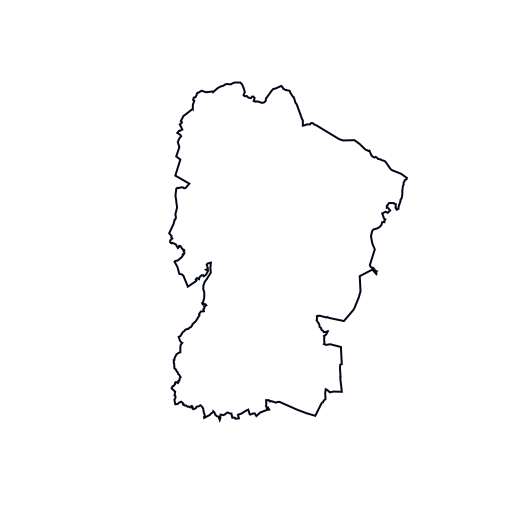 outline of Tullamore Lea-7, Offaly, Ireland, rotated 225°
{"feature_id": "5873133B47279722730616", "entity_name": "Tullamore Lea-7", "entity_type": "district", "adm_level": 2, "iso_a3": "IRL", "parent_name": "Ireland", "parent_adm1": "Offaly", "projection": "albers", "projection_center": [-7.574, 53.293], "detail": "fine", "context": "isolated", "style": "outline", "palette": "ink", "viewbox_px": 512, "rotation_deg": 225, "n_neighbors": 0, "source": "geoboundaries", "source_scale": "gbopen_adm2", "svg_char_len": 5532}
<svg xmlns="http://www.w3.org/2000/svg" viewBox="0 0 512 512"><g transform="rotate(225 256 256)"><path d="M339.2,224.1L336.9,220.3L333.5,210.7L329.8,210.4L329.2,209.3L327.6,209.3L327.7,206.5L326.4,205.0L324.7,205.2L324.5,206.1L321.1,207.5L316.8,206.4L316.8,208.2L317.3,208.3L317.5,208.9L316.2,209.6L313.4,208.9L312.4,208.9L311.5,209.4L310.7,209.3L310.7,208.2L308.9,207.7L308.5,207.0L308.3,205.9L309.0,205.6L309.0,205.3L308.1,204.6L307.7,202.9L308.2,197.2L309.5,195.5L309.6,194.4L303.8,192.7L297.5,189.1L295.6,190.5L293.3,190.7L282.5,186.1L280.6,196.0L280.8,196.7L281.9,196.7L282.2,198.6L279.9,199.4L280.9,200.7L280.9,203.6L280.6,203.5L279.8,205.1L278.5,204.8L278.1,207.4L279.4,211.6L281.6,211.0L280.9,213.0L284.8,215.1L284.8,216.7L283.2,219.4L280.2,215.7L276.2,212.3L274.5,204.9L274.0,201.4L272.1,197.6L269.5,195.0L267.6,194.2L265.9,192.8L262.8,189.5L260.6,185.5L260.8,184.6L259.5,184.1L258.4,185.9L256.3,186.0L256.6,184.0L257.0,183.7L255.6,182.6L255.3,181.8L255.6,181.2L253.8,180.1L255.7,177.7L255.2,174.7L254.1,174.2L252.5,167.3L252.6,162.6L252.0,161.6L251.8,159.5L252.3,158.6L252.3,156.4L253.0,155.9L253.9,153.6L253.6,152.7L253.9,150.2L252.8,145.9L253.5,144.2L250.1,142.4L247.2,142.0L246.7,142.3L246.4,140.0L245.2,138.2L241.4,134.4L242.2,132.9L242.7,130.2L241.4,126.3L240.2,124.8L240.5,124.2L240.0,124.0L239.2,122.8L238.2,122.3L234.2,118.9L232.4,119.1L230.5,118.3L229.7,118.5L227.5,117.6L226.0,117.6L223.5,116.9L223.6,115.7L222.3,114.2L222.6,112.8L221.7,112.4L221.5,111.7L221.4,110.9L223.5,110.3L223.7,109.9L223.3,108.6L222.6,108.1L222.4,105.9L222.9,104.9L222.1,102.7L217.2,102.9L215.0,99.8L214.2,100.1L212.5,98.6L212.1,96.7L208.3,94.1L207.8,94.4L206.6,96.7L206.7,98.0L205.8,100.1L203.7,100.3L202.7,99.5L202.3,100.0L201.7,99.6L200.2,100.2L199.8,100.8L197.7,101.1L197.0,102.1L195.3,102.5L195.2,103.2L194.8,103.3L195.5,104.3L194.9,104.7L192.2,103.3L191.2,104.9L191.0,106.2L191.5,107.3L190.3,109.0L189.7,111.2L187.1,111.2L185.2,110.6L182.6,108.6L179.7,107.2L178.7,106.3L179.0,105.6L178.1,104.9L176.3,110.9L176.4,112.6L176.0,115.0L176.5,116.0L174.5,115.9L172.8,115.0L170.7,115.0L168.9,115.8L165.7,114.4L166.7,116.3L168.4,117.9L168.9,118.8L166.3,120.7L165.5,125.2L161.9,126.8L161.8,127.1L158.4,124.9L157.0,126.5L156.0,126.7L155.5,126.4L153.3,129.1L156.5,131.0L154.8,134.5L153.9,138.9L152.8,141.9L148.5,139.6L147.9,139.8L146.8,142.5L145.6,143.8L142.6,143.1L142.3,148.5L139.3,155.1L138.1,156.7L138.9,156.9L139.2,156.5L140.1,157.1L140.2,156.1L140.9,156.0L142.1,156.9L142.8,156.9L143.7,158.3L146.9,161.2L146.6,161.6L145.2,162.9L144.8,162.7L144.3,163.3L143.5,163.5L143.1,163.2L142.7,164.1L141.9,164.6L138.2,166.4L137.6,168.1L136.8,168.6L136.4,169.4L118.5,176.3L109.4,180.4L101.1,184.9L105.4,197.9L105.6,198.9L105.2,199.8L105.8,201.7L105.7,204.0L110.2,208.0L112.5,211.1L110.4,211.7L107.4,211.8L105.3,215.0L99.3,220.7L109.4,228.7L110.8,229.9L110.6,230.2L117.6,236.3L119.6,238.8L118.9,240.2L131.6,251.7L141.1,246.1L143.7,242.6L145.7,241.7L146.1,242.9L149.1,245.4L150.4,247.1L151.4,247.5L150.9,250.1L152.0,253.6L152.4,253.2L152.3,252.4L154.2,250.1L155.7,250.5L157.4,250.1L159.2,251.1L160.7,250.8L163.2,252.5L167.7,253.4L168.6,255.0L170.4,256.4L170.3,257.2L169.4,257.7L168.9,258.7L162.6,262.4L162.5,263.2L160.4,264.0L147.8,272.2L149.0,286.6L149.6,288.9L154.1,299.5L157.1,304.9L168.4,315.1L164.1,328.7L158.2,328.3L158.4,328.8L159.5,328.9L159.8,330.5L160.3,330.1L162.0,330.1L164.7,330.5L165.8,329.7L167.1,329.3L169.1,330.1L176.7,344.7L182.6,347.1L187.9,350.7L188.9,351.6L191.4,355.6L191.7,357.9L190.1,360.7L189.1,363.6L189.2,366.5L190.7,369.2L189.1,370.7L190.0,371.4L190.5,373.3L191.6,372.9L196.8,375.3L195.7,379.0L193.4,379.7L193.3,383.1L197.4,383.4L197.7,382.7L199.1,384.1L198.9,384.9L199.4,387.1L199.1,387.9L196.1,390.7L195.9,390.5L193.7,391.5L191.4,388.7L190.6,388.9L189.3,388.2L188.6,390.0L190.3,392.1L192.7,397.2L193.4,397.6L194.0,400.1L196.6,403.6L198.7,405.6L201.7,409.6L202.1,410.9L203.6,412.4L203.7,413.5L204.4,414.8L203.8,416.6L204.5,417.9L211.7,416.7L219.9,413.1L221.5,412.7L222.8,412.7L231.1,414.2L232.5,414.0L235.2,412.5L236.4,412.4L238.1,411.0L240.4,411.0L241.5,410.6L241.9,409.3L243.8,408.8L245.4,408.7L250.3,410.7L250.7,409.8L254.3,408.6L261.8,408.5L268.3,407.5L276.0,399.4L279.9,397.4L306.0,391.0L307.5,390.3L309.9,390.0L311.0,389.1L310.9,387.2L313.3,384.8L313.6,383.6L315.0,381.3L318.9,385.1L319.8,385.2L334.6,392.1L336.3,392.2L341.5,395.0L342.5,394.7L347.1,395.7L348.6,396.5L349.3,396.5L350.5,395.5L352.0,394.9L352.6,394.1L354.4,393.9L354.8,393.5L355.9,394.0L356.7,393.9L357.8,394.3L358.5,394.0L360.5,388.5L361.9,386.2L361.8,384.0L360.3,374.5L358.8,372.4L358.8,371.6L359.0,370.0L360.1,368.5L364.0,366.5L365.2,365.4L365.2,365.0L367.2,363.9L368.7,366.8L370.7,366.8L371.5,365.9L371.2,364.0L372.1,363.3L373.9,362.5L375.6,362.6L377.0,361.0L378.5,360.9L379.8,363.9L380.7,364.5L383.4,366.0L387.2,367.5L389.7,367.6L393.7,363.6L394.7,361.6L395.1,359.7L398.4,356.8L399.3,355.0L399.4,353.4L400.8,351.0L401.8,347.8L402.2,341.5L402.9,341.8L407.1,336.5L411.3,334.4L412.2,330.8L412.7,330.3L412.7,329.2L411.8,327.7L411.1,325.5L412.0,324.0L410.8,321.9L409.5,322.2L407.5,318.2L404.6,315.2L404.8,315.2L406.1,304.6L406.4,304.0L404.5,298.2L402.9,298.2L402.7,296.5L403.0,295.2L397.5,293.3L398.3,290.8L398.9,290.4L398.7,287.4L395.3,288.1L393.7,287.8L393.2,284.6L391.9,281.3L387.1,278.7L382.8,270.0L377.7,270.7L369.9,255.8L354.3,260.0L353.9,254.2L354.8,253.0L356.2,252.8L356.9,252.3L359.0,249.1L359.6,248.9L360.0,247.3L355.8,241.9L346.1,234.5L342.5,228.5L339.7,226.5L338.9,224.6L339.2,224.1Z" fill="none" stroke="#020617" stroke-width="2"/></g></svg>